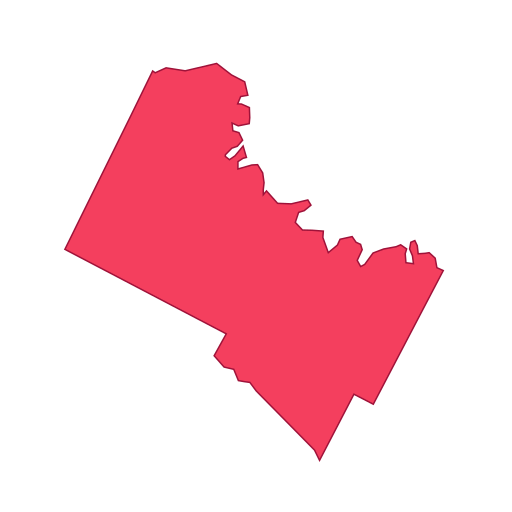 Lafayette, Arkansas, United States of America (Albers equal-area conic projection), rotated 116°
{"feature_id": "52423323B82644020143866", "entity_name": "Lafayette", "entity_type": "district", "adm_level": 2, "iso_a3": "USA", "parent_name": "United States of America", "parent_adm1": "Arkansas", "projection": "albers", "projection_center": [-93.686, 33.25], "detail": "fine", "context": "isolated", "style": "filled", "palette": "rose", "viewbox_px": 512, "rotation_deg": 116, "n_neighbors": 0, "source": "geoboundaries", "source_scale": "gbopen_adm2", "svg_char_len": 1330}
<svg xmlns="http://www.w3.org/2000/svg" viewBox="0 0 512 512"><g transform="rotate(116 256 256)"><path d="M333.8,430.7L339.0,248.6L364.0,249.9L369.8,236.0L367.6,226.3L375.7,217.2L374.1,211.6L372.3,206.1L377.2,196.6L404.8,118.3L411.8,109.3L337.3,107.4L337.8,85.6L241.8,82.9L187.0,81.3L187.2,88.3L179.4,94.0L177.1,101.8L179.4,105.1L182.9,111.2L176.0,115.6L172.5,120.0L175.8,122.9L182.4,121.0L187.2,115.5L193.9,111.1L196.3,118.3L188.5,122.9L183.6,123.7L182.5,130.9L186.2,134.1L193.8,144.4L202.0,152.1L215.9,154.6L219.6,157.3L215.6,163.1L203.8,163.3L199.7,167.1L199.8,172.1L196.4,178.1L204.1,187.8L210.5,187.6L221.3,192.5L210.1,204.0L204.1,206.4L208.3,216.9L212.3,225.6L208.6,235.4L198.1,236.8L194.1,232.5L186.2,228.9L182.9,234.0L193.7,247.2L199.2,259.7L192.9,275.1L197.7,276.3L193.3,278.5L186.6,280.9L178.4,286.4L173.2,294.6L176.0,299.6L185.7,310.4L179.1,313.6L173.9,310.5L171.6,307.8L162.8,315.8L175.2,318.8L181.1,322.1L179.9,327.3L178.4,327.9L169.7,325.0L165.6,320.9L157.8,318.8L152.6,325.4L153.6,331.7L147.0,335.8L146.8,329.0L140.0,320.1L134.5,322.2L125.5,327.0L125.8,335.7L127.3,339.2L119.4,339.7L115.1,333.8L104.4,342.5L104.0,357.4L100.2,375.8L120.6,400.8L126.3,419.3L135.5,426.9L135.0,430.0L186.6,430.0L307.9,430.6L312.0,430.6L314.5,430.6L333.5,430.7L333.8,430.7Z" fill="#f43f5e" stroke="#9f1239" stroke-width="1.5"/></g></svg>